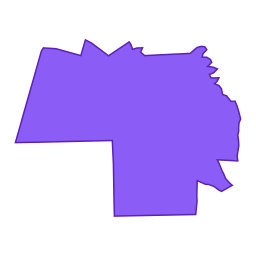 outline of Ramilândia, Paraná, Brazil
{"feature_id": "56859067B17129043800586", "entity_name": "Ramilândia", "entity_type": "district", "adm_level": 2, "iso_a3": "BRA", "parent_name": "Brazil", "parent_adm1": "Paraná", "projection": "albers", "projection_center": [-54.036, -25.1], "detail": "fine", "context": "isolated", "style": "filled", "palette": "violet", "viewbox_px": 256, "rotation_deg": 0, "n_neighbors": 0, "source": "geoboundaries", "source_scale": "gbopen_adm2", "svg_char_len": 1052}
<svg xmlns="http://www.w3.org/2000/svg" viewBox="0 0 256 256"><path d="M43.4,47.9L41.4,51.0L35.7,71.2L23.0,115.7L21.3,122.0L15.4,142.6L37.6,142.2L112.3,140.5L113.4,164.0L114.1,204.2L114.4,216.1L195.7,214.5L197.0,201.5L196.8,195.0L197.2,180.7L201.6,182.5L205.5,184.3L208.6,184.4L214.1,186.5L218.6,189.9L221.5,191.4L232.3,185.3L229.9,183.3L227.5,180.7L225.4,178.3L223.8,174.1L221.8,170.3L219.1,163.3L217.3,159.8L237.8,160.9L237.1,156.2L238.0,150.6L238.8,145.7L238.5,140.0L237.8,135.3L238.7,131.1L238.7,127.0L239.0,122.9L240.6,119.2L239.7,115.2L238.2,109.7L237.0,105.9L235.0,101.2L231.0,101.4L226.5,95.8L222.6,94.5L221.4,88.7L218.9,85.5L214.5,83.7L217.0,81.4L218.9,77.8L213.9,78.0L210.9,77.8L209.4,74.5L213.7,72.8L217.4,68.9L213.5,67.3L207.7,66.4L211.7,62.4L210.4,59.5L206.7,57.2L202.3,57.2L202.9,53.8L206.8,49.7L204.9,46.9L201.4,46.3L196.9,47.6L190.2,53.4L144.7,55.6L140.6,52.2L142.5,47.8L137.0,48.0L132.5,49.3L131.2,45.1L129.2,41.9L108.5,55.8L91.5,43.0L85.4,39.9L80.8,55.6L56.0,48.7L43.4,47.9Z" fill="#8b5cf6" stroke="#5b21b6" stroke-width="1.5"/></svg>